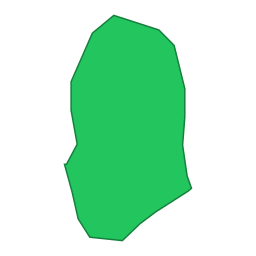 the district of Shirvan City, Shirvan, Azerbaijan
{"feature_id": "54616110B45272408011177", "entity_name": "Shirvan City", "entity_type": "district", "adm_level": 2, "iso_a3": "AZE", "parent_name": "Azerbaijan", "parent_adm1": "Shirvan", "projection": "equal_earth", "projection_center": [48.921, 39.972], "detail": "fine", "context": "isolated", "style": "filled", "palette": "green", "viewbox_px": 256, "rotation_deg": 0, "n_neighbors": 0, "source": "geoboundaries", "source_scale": "gbopen_adm2", "svg_char_len": 415}
<svg xmlns="http://www.w3.org/2000/svg" viewBox="0 0 256 256"><path d="M64.5,164.3L72.1,192.0L78.2,218.9L89.8,237.2L95.5,237.8L122.4,240.6L140.0,223.7L155.5,212.0L165.8,205.4L188.2,191.1L191.5,188.3L187.1,175.9L184.1,155.4L182.6,145.0L184.8,117.2L184.8,88.7L174.1,45.4L158.9,30.0L113.8,15.4L92.4,33.1L71.1,81.7L71.1,110.3L77.2,144.2L66.5,164.3L64.5,164.3Z" fill="#22c55e" stroke="#15803d" stroke-width="1.5"/></svg>